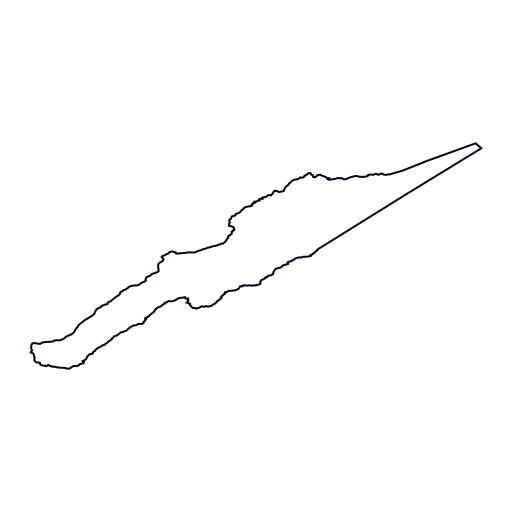 Hrunamannahreppur, Suðurland, Iceland (Equal Earth projection)
{"feature_id": "244011B85072287894251", "entity_name": "Hrunamannahreppur", "entity_type": "district", "adm_level": 2, "iso_a3": "ISL", "parent_name": "Iceland", "parent_adm1": "Suðurland", "projection": "equal_earth", "projection_center": [-19.797, 64.432], "detail": "fine", "context": "isolated", "style": "outline", "palette": "ink", "viewbox_px": 512, "rotation_deg": 0, "n_neighbors": 0, "source": "geoboundaries", "source_scale": "gbopen_adm2", "svg_char_len": 6015}
<svg xmlns="http://www.w3.org/2000/svg" viewBox="0 0 512 512"><path d="M37.3,362.5L40.0,362.8L40.1,364.3L40.3,364.6L42.1,365.5L45.0,365.7L46.3,366.1L47.0,365.9L47.7,365.1L48.3,365.0L48.9,365.2L49.4,365.8L51.3,366.0L52.2,366.8L53.8,366.6L58.7,367.6L64.8,367.9L66.2,368.4L68.4,368.7L69.8,368.5L71.3,367.3L73.5,366.0L77.6,365.9L78.4,365.5L80.1,364.0L83.5,363.2L83.9,361.9L83.0,361.5L82.7,360.9L84.6,360.3L86.5,358.6L86.6,357.7L87.0,356.8L88.1,355.8L88.6,354.9L89.4,354.4L91.3,354.1L92.7,353.5L92.8,352.6L93.2,351.9L95.1,350.8L95.4,349.9L97.8,348.1L99.5,347.1L100.7,346.7L102.4,345.4L103.8,344.8L104.7,344.9L105.3,343.9L107.3,342.7L108.7,341.3L110.2,340.5L111.6,339.4L111.8,339.1L111.9,338.5L113.3,337.5L114.1,336.3L114.9,336.2L117.7,335.0L120.5,332.5L121.2,332.2L122.3,332.3L123.3,331.7L126.0,330.8L127.7,329.5L128.4,328.6L129.8,327.8L130.4,327.1L132.8,325.7L134.3,325.3L136.5,325.2L137.5,324.3L138.6,323.9L141.4,324.0L143.1,323.4L143.6,322.8L143.4,322.2L144.5,321.3L145.0,320.1L146.0,319.6L145.1,318.3L149.1,316.1L150.2,314.7L154.3,311.6L155.3,309.4L156.4,308.8L157.1,307.9L158.9,307.0L160.8,306.5L162.8,304.6L164.3,303.9L165.0,303.3L164.8,302.8L165.5,302.5L166.5,302.5L168.3,301.1L169.1,301.0L170.6,301.4L172.1,301.3L173.7,300.9L177.0,299.3L177.7,298.6L180.1,297.9L182.6,297.7L184.9,297.1L185.2,297.6L185.0,297.9L185.3,298.2L186.3,298.5L187.8,298.4L188.3,298.7L188.2,299.4L187.7,300.3L188.3,300.9L188.2,301.5L186.7,302.6L187.2,303.0L189.9,303.7L189.8,304.0L190.1,304.8L190.0,305.2L191.0,305.8L191.4,306.5L191.4,306.9L192.4,307.5L192.7,307.9L195.1,308.1L195.9,308.5L196.3,308.2L196.8,308.5L199.5,307.6L201.3,306.4L204.4,306.7L205.1,306.3L206.2,306.1L206.8,306.5L208.7,306.5L211.6,305.7L212.7,304.7L214.3,304.1L216.6,302.2L216.6,301.8L216.9,301.6L217.1,301.2L219.6,299.7L219.8,299.1L221.4,298.1L221.6,297.5L221.2,296.7L221.2,296.4L222.9,295.4L224.0,294.3L224.5,294.1L224.9,293.6L224.6,293.4L225.2,292.8L225.1,292.2L226.6,292.1L228.8,290.8L230.2,290.9L230.8,290.7L235.1,290.4L238.4,288.9L239.7,287.1L239.9,286.4L241.2,286.2L242.5,286.4L242.7,286.2L242.4,285.7L244.0,285.2L246.7,285.6L250.0,285.4L252.2,285.7L254.5,285.2L255.4,285.5L259.6,284.3L260.6,283.1L260.2,282.0L261.5,280.0L264.3,278.8L265.2,278.1L265.1,277.8L265.4,277.5L267.0,277.2L267.1,276.5L267.6,276.1L268.7,275.7L271.2,275.2L273.1,274.1L273.3,273.2L273.5,272.7L273.3,272.2L274.2,270.7L275.2,269.7L275.4,269.0L281.0,267.3L281.9,266.6L282.2,265.9L282.9,265.4L284.8,265.0L285.8,264.4L287.9,264.2L288.1,264.0L287.9,263.5L288.1,262.8L287.7,262.4L288.0,262.0L290.7,261.3L294.1,259.6L294.8,258.8L295.7,258.4L298.7,257.4L300.6,257.5L301.7,257.4L302.9,256.8L308.4,256.6L310.6,255.9L310.3,255.4L310.4,255.2L313.1,254.0L313.4,253.3L314.5,252.9L314.7,252.3L317.4,250.3L317.5,249.5L408.4,192.9L481.3,148.3L475.6,143.3L425.9,161.3L402.2,170.8L389.2,174.5L388.7,174.3L385.9,174.9L384.4,174.8L382.5,173.8L381.2,173.5L380.6,173.6L379.0,174.6L378.2,174.7L376.1,173.9L375.2,174.0L373.6,174.8L371.4,174.5L368.3,174.9L368.1,175.0L368.2,175.5L367.0,176.2L363.9,176.9L359.9,176.8L356.7,176.0L354.5,176.2L350.3,177.3L345.5,179.3L343.2,179.2L342.3,178.3L341.4,178.1L339.7,178.3L337.7,178.0L334.8,179.0L333.0,179.1L331.7,179.5L330.6,179.4L329.5,179.8L327.3,179.1L327.3,178.9L328.4,178.1L326.9,177.9L325.1,176.7L322.2,175.8L320.5,174.8L318.7,174.9L316.9,175.4L316.4,176.6L314.6,177.3L313.5,177.2L313.2,177.0L313.2,176.2L312.8,175.8L312.9,175.4L310.9,174.3L310.8,173.4L310.6,173.2L309.2,173.2L308.3,173.3L306.6,174.7L304.8,175.5L305.0,175.9L304.2,176.3L303.6,177.3L302.1,177.7L300.7,177.4L299.9,177.6L299.5,178.0L299.4,178.4L298.5,178.8L296.7,179.4L294.8,179.6L292.3,180.6L290.2,182.8L288.9,183.6L288.2,185.0L287.0,185.8L284.9,188.0L284.6,189.0L283.8,190.0L284.0,190.8L283.7,191.1L279.2,192.0L278.2,191.8L277.3,191.2L275.9,190.8L274.1,191.1L273.7,191.5L273.4,192.4L272.9,192.8L272.6,193.7L271.2,195.2L270.2,195.4L269.2,194.9L268.6,195.0L265.9,196.9L262.2,197.7L262.1,197.9L262.6,198.8L262.4,198.9L260.6,198.9L259.2,199.2L258.8,199.8L259.5,200.5L259.2,200.8L257.5,200.8L256.3,201.7L254.3,201.6L254.1,202.2L254.5,202.9L252.9,203.3L252.8,203.8L251.6,204.7L252.0,205.6L251.2,206.1L246.8,206.7L244.1,207.8L243.5,208.9L242.0,209.9L240.7,211.5L238.9,212.9L235.5,214.1L235.3,214.3L235.4,215.3L235.0,215.7L233.1,216.0L231.8,216.5L231.0,218.7L229.6,219.5L229.1,220.4L229.1,220.8L229.9,222.4L229.2,223.5L229.2,224.9L228.9,225.8L230.0,226.2L231.7,226.3L234.0,227.6L234.1,228.4L233.7,229.1L234.3,229.7L234.3,230.0L231.7,231.6L231.8,233.6L229.8,235.3L228.7,235.8L227.9,236.7L228.2,237.9L226.8,238.9L226.6,239.9L224.8,242.2L222.9,243.6L220.6,243.8L219.6,244.5L218.1,244.8L216.6,245.6L212.1,246.5L209.4,247.5L207.4,247.6L205.9,248.7L203.7,248.9L201.8,249.9L198.4,250.9L195.0,252.5L187.7,252.4L185.3,252.9L177.1,253.6L175.8,253.3L175.9,252.7L175.7,252.4L172.5,251.5L171.0,251.6L169.4,252.3L168.9,253.1L164.1,255.5L162.3,256.1L161.6,256.9L161.8,257.4L163.4,258.7L163.4,259.4L162.9,260.6L161.3,261.9L159.5,262.8L158.3,264.1L158.1,267.1L158.5,268.6L158.4,270.4L158.7,270.9L158.3,271.5L157.3,272.1L154.1,273.4L152.0,273.8L150.2,275.7L148.0,276.4L146.9,277.1L146.3,277.5L145.7,278.7L145.6,279.5L145.9,280.4L145.7,280.8L144.1,281.8L142.2,282.4L139.1,284.7L137.0,285.4L134.4,285.4L131.0,286.0L128.5,287.1L128.0,287.8L125.5,289.5L123.2,290.3L122.6,291.1L121.5,291.5L120.2,292.5L119.9,293.2L119.9,294.0L118.3,295.6L116.1,296.7L114.7,298.0L113.2,299.0L111.3,300.8L107.9,302.5L107.6,302.9L107.6,303.9L106.8,304.3L105.1,304.5L103.8,305.1L103.0,305.3L101.8,306.0L100.8,307.2L98.3,308.1L97.9,308.6L96.6,309.3L94.8,312.2L94.5,313.6L91.7,316.0L84.7,320.2L78.5,325.2L77.5,327.1L75.7,328.9L74.6,331.3L73.9,332.4L71.7,334.2L66.1,336.6L63.8,338.7L60.1,340.2L59.0,340.4L55.8,340.2L54.5,340.5L53.5,341.2L52.2,341.6L43.7,342.2L41.7,342.8L40.7,343.7L39.9,343.9L33.9,343.0L32.2,343.6L31.5,344.6L31.1,347.9L31.3,348.8L32.0,350.2L32.0,350.6L30.7,352.3L31.0,352.6L33.0,353.4L33.5,353.9L34.0,354.9L34.0,356.1L34.7,358.0L34.4,359.0L34.4,360.3L34.6,360.9L35.9,362.1L37.3,362.5Z" fill="none" stroke="#020617" stroke-width="2"/></svg>